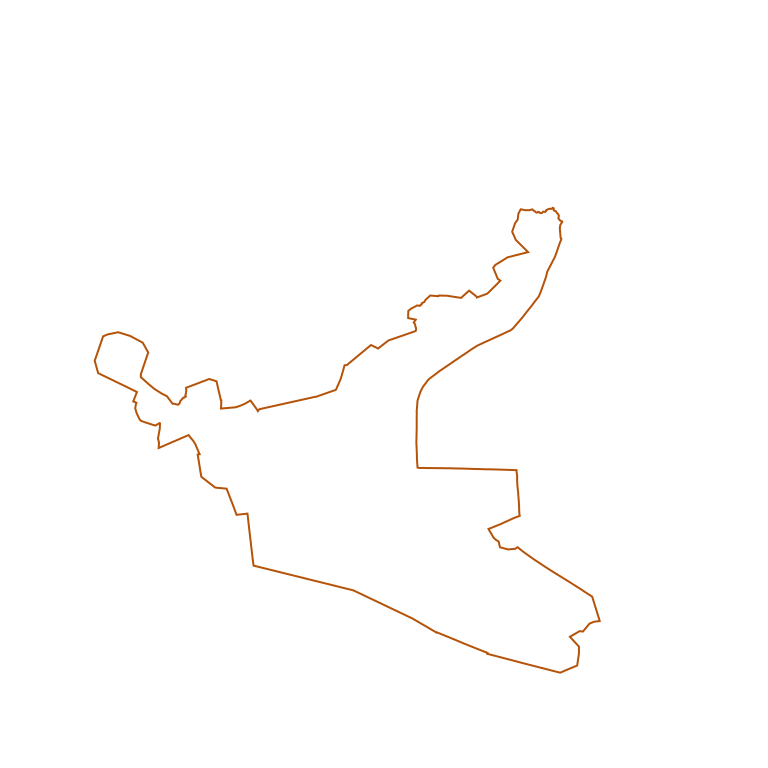 Sana'a City Outskirts -Sanhan wa Bani Bahlul, Sana'a, Yemen (Natural Earth projection), rotated 109°
{"feature_id": "15242507B78273733164190", "entity_name": "Sana'a City Outskirts -Sanhan wa Bani Bahlul", "entity_type": "district", "adm_level": 2, "iso_a3": "YEM", "parent_name": "Yemen", "parent_adm1": "Sana'a", "projection": "natural_earth1", "projection_center": [44.226, 15.268], "detail": "fine", "context": "isolated", "style": "outline", "palette": "amber", "viewbox_px": 768, "rotation_deg": 109, "n_neighbors": 0, "source": "geoboundaries", "source_scale": "gbopen_adm2", "svg_char_len": 5662}
<svg xmlns="http://www.w3.org/2000/svg" viewBox="0 0 768 768"><g transform="rotate(109 384 384)"><path d="M170.2,299.9L172.5,303.5L173.7,307.1L174.3,311.6L179.1,312.4L181.4,311.9L185.0,311.1L189.2,312.4L198.3,312.4L204.9,306.2L212.4,290.7L224.0,308.4L230.2,313.4L235.1,317.5L238.6,318.6L242.6,315.0L247.6,310.6L248.4,307.6L262.5,314.5L265.1,315.9L271.9,324.3L271.3,324.7L268.0,333.9L277.5,339.2L280.1,353.5L282.6,361.1L283.3,361.2L285.3,369.1L289.4,371.3L290.9,372.1L293.3,372.6L295.2,374.4L296.6,374.4L297.0,375.1L298.4,375.5L298.9,378.2L301.0,380.1L304.0,383.0L307.0,384.8L308.5,384.3L310.4,383.8L313.8,382.6L312.8,374.9L313.3,375.0L316.2,375.9L317.0,374.6L317.6,373.9L318.3,373.7L319.9,372.6L320.4,372.1L321.7,371.5L322.1,371.5L322.7,371.4L323.6,371.3L333.6,384.0L341.3,393.9L352.4,401.2L352.1,403.0L351.4,409.0L378.2,425.3L379.1,427.4L386.8,426.9L393.5,426.6L405.2,427.6L413.0,437.5L418.4,444.3L418.4,444.7L443.6,485.8L448.4,493.6L450.7,494.4L449.4,495.9L443.1,504.8L445.5,507.0L447.8,509.0L448.0,509.1L450.7,512.1L452.6,514.4L454.0,516.2L454.3,516.6L457.2,523.2L460.3,530.1L455.9,531.4L452.4,532.5L452.5,532.9L450.1,534.4L444.2,538.1L443.2,538.8L436.0,543.2L436.0,545.6L436.2,550.9L443.2,559.3L452.0,569.9L454.3,568.9L454.7,568.8L457.6,568.2L459.6,568.1L460.3,567.3L461.7,568.2L462.1,569.2L466.4,571.0L468.9,571.0L470.7,572.1L471.0,576.3L471.5,577.5L466.2,585.3L465.4,591.2L465.2,591.9L463.4,599.5L460.8,606.4L456.7,616.1L454.0,617.1L453.2,617.1L430.9,617.2L429.2,619.2L423.5,625.5L421.2,639.7L421.4,645.7L421.6,652.2L427.2,661.6L430.4,665.1L443.2,665.1L456.2,665.1L466.8,657.8L468.7,641.8L471.1,622.0L471.9,615.8L472.0,615.0L482.1,615.4L482.3,612.0L483.9,612.0L488.0,611.3L492.1,608.4L496.7,603.9L497.9,602.1L498.0,599.4L498.0,596.4L497.8,586.8L494.0,583.4L494.1,583.0L499.5,581.4L509.0,580.0L512.6,577.7L517.9,576.2L506.8,564.1L505.1,562.2L503.0,559.9L495.9,552.1L497.6,549.6L497.9,549.1L499.4,546.6L500.2,545.4L502.4,542.7L503.0,542.2L504.6,540.8L510.4,535.5L511.3,537.2L521.4,531.8L529.1,527.7L531.2,526.5L532.9,521.5L533.2,520.6L533.6,519.5L535.0,515.5L535.2,514.7L535.8,512.9L536.8,510.2L536.8,509.9L536.5,508.0L536.1,506.5L534.2,498.7L535.1,498.0L539.3,494.4L539.9,494.0L547.4,487.6L555.7,480.8L551.0,470.9L561.3,466.0L592.6,451.0L598.2,448.2L589.1,345.8L596.5,280.6L601.9,253.7L601.6,253.7L602.8,231.8L603.4,223.4L604.6,198.5L605.5,198.5L605.3,196.1L602.5,159.0L599.6,123.4L594.3,117.6L587.3,109.7L576.1,111.8L574.3,112.3L568.8,114.2L562.5,125.9L554.0,118.6L553.3,115.3L551.7,114.7L543.7,111.7L540.5,108.1L537.9,102.9L536.7,103.7L526.2,111.4L517.6,117.7L517.3,117.9L515.0,127.2L513.8,131.6L513.4,133.4L513.1,134.8L510.6,145.1L509.7,149.3L507.6,158.5L506.6,163.0L504.6,171.3L501.7,182.4L501.3,184.1L500.8,185.9L498.1,195.0L497.9,195.6L497.7,196.2L497.3,197.7L497.1,198.2L496.8,199.0L496.1,201.1L494.8,204.5L495.1,204.8L497.0,206.1L498.0,208.3L499.1,210.8L499.7,212.1L500.0,212.6L500.6,221.2L495.6,224.3L494.8,227.9L494.2,229.1L493.6,230.4L493.2,230.9L491.6,232.7L491.2,233.1L490.1,234.4L489.1,235.7L487.0,238.0L485.7,236.4L480.2,230.1L479.3,229.0L478.8,228.4L477.6,227.1L477.3,226.9L472.9,222.2L468.3,217.4L468.1,217.2L467.6,216.6L467.1,215.9L466.5,215.2L464.5,212.7L462.5,213.8L459.6,215.0L457.1,215.9L451.9,218.0L450.6,218.5L449.6,219.0L449.1,219.2L445.9,220.6L443.7,221.5L441.6,222.4L440.8,222.9L438.9,223.7L436.8,224.7L436.5,224.9L434.8,225.5L431.8,226.8L429.7,227.4L426.6,228.6L425.0,229.5L422.6,230.6L422.3,230.7L422.6,231.6L423.9,235.8L424.2,236.8L425.4,240.7L427.6,247.8L428.3,250.1L430.8,258.0L431.1,258.7L432.6,263.6L433.1,265.2L433.8,267.3L434.9,270.8L436.4,275.7L436.5,276.1L439.7,286.3L440.8,289.6L441.1,290.7L441.9,293.2L443.5,298.0L444.9,302.4L445.6,304.5L447.3,309.5L447.4,309.9L448.6,313.3L449.6,316.3L450.4,319.0L451.9,323.4L452.1,325.1L445.2,328.0L443.2,328.8L438.8,330.4L436.8,331.2L434.5,332.1L431.4,333.3L428.7,334.4L426.1,335.2L423.0,336.2L414.5,338.9L413.7,339.2L411.1,340.1L408.7,340.9L405.5,342.0L404.6,342.3L402.5,343.0L399.9,343.9L399.3,344.2L398.1,344.5L396.7,344.8L394.9,345.3L392.6,345.9L388.8,346.9L387.9,346.9L383.7,347.0L381.4,347.0L379.6,347.0L379.1,347.0L376.9,346.7L373.7,346.2L370.9,345.2L367.3,344.1L365.5,343.5L364.1,342.7L355.2,336.7L354.2,336.1L348.1,331.5L346.1,330.0L339.2,324.9L334.8,321.6L333.2,320.4L331.4,319.1L330.2,318.1L323.3,313.0L321.4,311.5L318.3,309.0L318.1,308.9L317.5,308.4L311.0,301.7L310.6,301.2L305.8,296.2L305.2,295.6L300.9,291.0L293.5,283.4L292.0,281.7L291.0,281.1L289.6,280.2L284.7,278.3L281.1,276.8L276.2,274.9L275.6,274.7L274.1,274.1L273.2,273.9L261.2,269.6L259.2,269.0L255.6,267.8L251.0,266.2L250.5,266.1L246.7,265.9L245.4,265.8L243.5,265.8L239.3,265.7L233.2,265.7L232.5,265.7L230.7,265.7L229.4,265.7L228.2,265.8L227.9,265.9L226.0,266.1L224.5,266.2L217.2,265.1L209.8,264.0L209.5,263.9L208.8,263.8L208.3,263.8L205.5,263.7L204.6,263.7L196.7,263.7L195.5,263.7L194.3,263.7L192.1,263.6L189.0,263.5L188.8,263.8L188.3,264.6L183.3,266.8L179.2,268.6L178.3,268.7L176.4,269.1L174.0,268.6L172.9,268.2L172.2,268.7L172.2,269.0L172.2,269.9L172.2,270.5L172.0,270.8L171.3,271.9L171.2,272.2L170.7,273.0L168.0,273.4L167.7,273.7L167.2,274.2L166.7,274.8L166.5,275.0L166.1,276.1L165.9,276.4L164.8,277.6L164.6,278.1L164.7,279.7L164.4,280.1L163.2,280.5L162.6,280.8L162.5,281.2L162.5,281.5L162.5,281.9L162.7,282.0L163.4,282.2L163.8,282.5L164.3,284.2L165.0,285.5L166.8,287.1L167.1,287.4L167.7,287.1L168.2,287.2L168.6,287.5L168.9,287.9L169.1,289.4L169.3,289.7L169.5,289.8L170.3,290.1L170.6,290.3L171.1,290.6L171.2,291.0L171.5,291.9L170.9,293.5L171.0,294.2L171.8,294.6L172.2,295.4L172.3,295.6L171.8,297.3L171.5,297.7L171.6,298.2L170.8,300.3L170.2,299.9Z" fill="none" stroke="#b45309" stroke-width="2"/></g></svg>